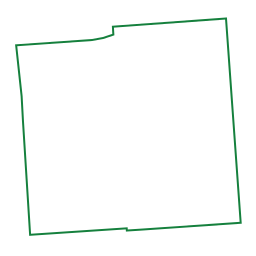 the district of Morrill, Nebraska, United States of America, rotated 266°
{"feature_id": "52423323B72555091865360", "entity_name": "Morrill", "entity_type": "district", "adm_level": 2, "iso_a3": "USA", "parent_name": "United States of America", "parent_adm1": "Nebraska", "projection": "orthographic", "projection_center": [-102.933, 41.721], "detail": "fine", "context": "isolated", "style": "outline", "palette": "green", "viewbox_px": 256, "rotation_deg": 266, "n_neighbors": 0, "source": "geoboundaries", "source_scale": "gbopen_adm2", "svg_char_len": 334}
<svg xmlns="http://www.w3.org/2000/svg" viewBox="0 0 256 256"><g transform="rotate(266 128 128)"><path d="M218.3,22.2L212.7,22.4L167.1,24.1L142.2,23.7L28.3,22.9L28.0,119.7L25.8,119.7L25.7,136.2L25.6,233.8L230.4,233.4L230.1,120.0L222.2,119.9L219.5,109.3L218.3,98.3L218.3,22.2Z" fill="none" stroke="#15803d" stroke-width="2"/></g></svg>